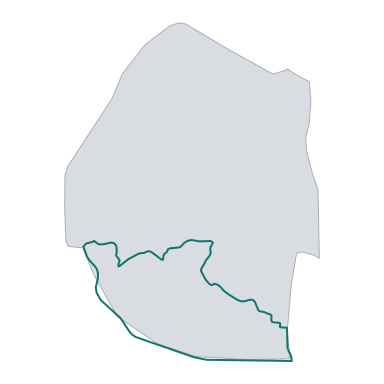 where Shiselweni sits in eSwatini
{"feature_id": "SWZ-537", "entity_name": "Shiselweni", "entity_type": "District", "adm_level": 1, "iso_a3": "SWZ", "parent_name": "eSwatini", "parent_adm1": "", "projection": "mercator", "projection_center": [31.425, -27.036], "detail": "fine", "context": "in_parent", "style": "outline", "palette": "teal", "viewbox_px": 384, "rotation_deg": 0, "n_neighbors": 0, "source": "natural_earth", "source_scale": "10m", "svg_char_len": 2407}
<svg xmlns="http://www.w3.org/2000/svg" viewBox="0 0 384 384"><path d="M287.7,68.9L291.6,72.0L309.3,81.9L310.9,101.5L309.2,123.9L305.6,138.1L306.9,152.3L312.6,174.3L318.0,189.4L319.3,258.1L313.3,254.9L302.4,252.0L296.6,253.3L291.3,284.2L287.3,330.1L289.7,358.7L248.2,359.6L195.7,356.5L158.1,344.1L117.7,316.9L93.6,274.5L83.1,247.9L68.4,246.4L66.0,241.9L64.7,209.5L65.0,175.5L67.7,166.5L95.0,124.7L111.9,98.8L122.4,73.8L145.3,44.5L169.9,25.7L179.0,23.0L185.3,23.8L228.6,49.6L273.0,74.0L282.6,71.3L287.7,68.9Z" fill="#d9dde1" stroke="#a8b0b8" stroke-width="1"/><path d="M152.5,342.9L135.7,337.0L132.8,335.1L129.8,332.1L120.6,318.2L100.9,300.2L96.6,292.7L95.8,287.4L97.8,278.9L98.0,273.5L96.9,269.2L94.8,266.1L89.3,260.2L86.8,256.3L83.4,246.5L86.2,243.5L92.6,241.9L93.5,241.5L93.7,241.0L94.2,241.0L95.0,241.6L97.1,243.4L99.3,244.4L103.7,244.2L110.4,242.7L112.1,242.7L113.9,243.1L115.5,244.8L116.2,245.8L116.5,247.0L116.7,250.2L116.7,252.0L116.4,253.4L116.1,254.4L116.2,255.3L116.7,256.3L119.4,259.9L119.6,260.7L119.4,261.5L118.6,263.5L118.4,264.7L118.4,265.7L118.7,266.3L119.5,266.1L128.1,259.3L138.4,253.8L140.9,253.1L143.1,253.1L144.7,252.7L146.4,251.8L148.3,251.2L150.5,251.6L152.5,252.8L161.2,259.4L162.5,259.7L163.1,259.5L163.3,256.6L163.4,255.6L163.9,254.7L164.6,253.7L166.5,252.3L167.1,251.4L167.6,250.5L167.7,249.6L168.4,249.0L169.7,248.4L178.7,247.5L180.5,246.8L182.1,245.3L183.2,243.9L184.5,242.8L187.6,240.8L191.6,240.0L199.3,241.4L210.4,241.0L211.8,241.7L212.8,242.7L212.2,244.1L210.6,247.0L210.3,248.6L210.3,250.2L210.7,252.7L210.3,254.4L209.4,256.1L205.9,260.3L204.6,263.2L202.2,267.1L201.5,268.5L200.9,270.4L201.5,271.9L205.4,279.2L206.5,280.7L209.0,283.5L210.3,284.6L211.4,285.1L212.6,284.8L213.6,284.1L214.6,283.8L216.0,284.3L217.2,284.5L218.7,285.5L220.6,287.1L224.0,290.9L228.7,294.5L237.3,299.8L239.1,300.6L240.8,301.2L242.7,301.4L244.6,301.2L250.2,299.7L251.8,299.7L253.6,300.4L254.8,301.7L258.3,310.2L259.3,311.1L260.8,311.5L262.6,311.7L264.5,312.2L270.6,314.7L271.2,315.2L271.5,315.8L271.3,319.6L271.4,320.5L271.8,321.7L273.1,322.2L274.7,322.5L278.1,322.7L279.6,322.9L280.1,323.4L280.2,324.4L280.0,325.5L279.9,326.8L280.5,327.2L281.3,327.4L286.9,327.7L287.1,331.8L287.5,347.8L288.6,351.0L289.9,353.3L290.9,355.6L291.5,358.1L291.6,361.0L274.3,360.7L255.9,360.5L227.9,360.1L206.7,359.8L193.8,357.2L174.0,350.3L159.3,345.2L152.5,342.9Z" fill="none" stroke="#0f766e" stroke-width="2"/></svg>